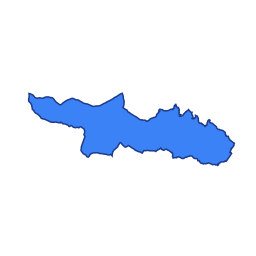 the district of Berevoesti, Arges, Romania, rotated 297°
{"feature_id": "2599482B57006778213349", "entity_name": "Berevoesti", "entity_type": "district", "adm_level": 2, "iso_a3": "ROU", "parent_name": "Romania", "parent_adm1": "Arges", "projection": "orthographic", "projection_center": [24.929, 45.318], "detail": "fine", "context": "isolated", "style": "filled", "palette": "blue", "viewbox_px": 256, "rotation_deg": 297, "n_neighbors": 0, "source": "geoboundaries", "source_scale": "gbopen_adm2", "svg_char_len": 6009}
<svg xmlns="http://www.w3.org/2000/svg" viewBox="0 0 256 256"><g transform="rotate(297 128 128)"><path d="M171.0,177.9L170.6,177.7L170.6,177.1L171.0,175.6L171.9,173.6L170.8,173.3L170.0,172.7L169.0,172.5L168.7,172.1L168.3,172.1L167.2,171.7L166.7,171.7L165.7,171.2L164.1,171.1L162.7,170.1L162.2,169.3L161.9,168.4L162.2,168.3L162.5,168.5L163.9,168.9L163.6,167.7L163.6,167.1L164.0,166.8L164.8,166.7L165.1,166.5L166.3,165.8L166.6,165.4L166.9,165.6L167.0,165.5L167.3,165.6L167.7,165.1L168.1,164.8L168.4,164.3L168.4,163.8L169.0,163.7L169.0,162.4L169.0,162.0L169.1,160.9L169.6,160.5L169.7,160.9L170.2,160.6L170.2,160.1L170.7,159.8L170.5,159.5L170.1,159.6L169.3,159.6L169.0,159.2L168.1,159.3L166.5,160.0L166.1,159.5L164.8,159.5L164.9,159.2L164.9,158.8L164.4,158.1L164.2,157.7L162.8,156.8L161.4,155.5L161.0,154.9L160.5,153.6L159.8,152.9L159.7,152.1L159.8,151.6L159.8,151.1L159.9,150.5L159.9,149.9L159.3,149.1L159.3,148.0L159.0,147.7L158.0,147.4L157.3,147.6L156.9,148.7L156.0,148.0L155.3,148.1L153.5,147.5L152.3,147.6L152.1,147.8L151.9,147.7L151.0,147.8L150.4,147.6L149.5,146.8L149.1,146.3L148.5,145.8L147.0,144.2L146.2,143.7L145.4,143.3L144.3,143.2L143.2,142.2L142.5,141.8L142.4,141.3L142.7,140.7L142.8,140.2L142.6,139.3L142.0,138.3L141.8,137.9L141.8,137.4L141.7,137.0L141.1,135.7L140.9,135.2L141.2,132.5L141.6,130.9L141.7,126.9L142.0,124.8L141.9,124.3L142.1,123.1L142.3,122.8L142.5,122.1L142.3,121.6L142.3,120.8L143.5,118.8L143.5,116.6L144.0,114.3L146.2,114.0L149.4,112.8L150.7,111.9L152.4,110.3L154.0,109.4L155.6,107.9L156.3,107.0L154.4,105.5L150.8,103.5L149.0,102.1L147.0,101.2L143.7,98.9L141.3,97.0L140.5,96.9L139.3,95.7L134.7,92.5L133.5,90.2L131.3,87.0L131.0,81.0L130.4,79.4L129.9,76.5L130.2,74.8L130.1,73.8L130.4,71.1L129.5,68.7L129.5,66.2L129.1,64.7L124.7,60.8L123.7,60.2L120.7,58.6L119.7,58.3L118.7,57.9L117.8,56.9L117.8,56.2L118.0,55.1L118.1,54.3L118.6,51.7L120.2,48.4L120.5,47.2L120.5,46.4L120.0,45.2L119.5,42.8L119.0,41.9L118.2,40.6L117.1,39.5L116.6,39.3L115.6,38.2L114.7,35.3L113.1,33.3L112.9,31.8L113.0,31.4L113.1,30.9L114.1,28.6L114.3,27.0L114.1,26.3L114.0,24.8L113.8,24.1L113.0,24.7L110.3,26.0L108.8,26.2L106.9,27.3L106.4,28.2L106.0,29.9L104.6,31.8L101.0,34.5L101.1,35.2L100.7,36.5L100.0,36.9L99.4,38.6L99.3,40.7L99.0,42.5L98.2,44.8L97.5,45.6L97.3,47.2L98.0,50.0L98.3,56.9L99.4,59.4L100.6,61.0L101.1,63.6L102.0,65.5L102.5,65.4L102.7,66.4L102.2,68.1L103.1,70.2L103.1,71.9L103.4,72.5L103.2,73.7L102.6,74.7L102.7,75.1L104.2,76.1L104.5,76.6L103.9,78.9L104.4,81.2L105.6,82.3L105.8,84.0L106.3,84.5L107.3,84.8L107.7,85.5L107.7,85.8L107.1,89.4L104.9,91.3L102.0,91.8L101.0,93.5L90.4,94.9L86.5,96.4L84.8,99.8L84.7,102.8L83.8,104.3L83.9,105.7L85.0,106.2L87.6,106.3L89.9,108.2L92.2,112.2L92.5,114.8L93.2,115.9L93.9,118.6L94.8,120.8L94.7,121.5L95.0,122.6L95.7,123.9L96.7,124.7L96.0,126.5L97.2,125.9L99.0,125.5L99.4,125.3L100.6,125.4L101.5,125.3L102.9,126.0L103.5,126.1L106.6,127.4L108.0,127.2L108.8,127.3L111.2,127.5L111.5,127.8L111.5,128.1L111.4,128.5L111.1,129.5L110.5,130.7L110.3,131.7L109.8,133.0L109.7,133.6L109.8,134.3L110.3,134.9L111.5,135.8L112.5,136.3L112.6,136.6L112.7,137.1L112.4,137.4L112.4,137.8L112.4,138.4L112.2,139.3L111.9,143.3L111.5,144.5L111.7,148.0L111.9,149.0L112.2,150.0L112.0,151.8L112.1,152.1L112.4,152.1L114.7,152.3L115.1,152.5L115.3,152.7L115.4,153.4L115.9,154.2L116.9,155.4L117.2,156.4L117.4,157.2L117.9,158.3L118.8,160.3L119.6,161.5L119.7,162.1L119.6,163.2L119.8,163.5L120.8,163.7L121.6,164.3L122.5,164.6L122.8,165.2L123.1,165.4L125.1,166.3L124.9,166.8L124.2,167.4L124.3,168.3L124.2,169.5L124.3,169.8L125.1,170.6L125.6,170.6L126.2,171.1L126.6,172.0L126.3,172.9L126.5,174.5L126.1,177.1L125.7,178.0L126.2,178.4L125.9,178.9L124.4,180.1L123.2,180.4L121.8,181.8L122.1,182.0L122.7,183.2L123.6,184.2L123.6,184.9L124.3,185.0L124.6,185.3L124.8,185.7L125.3,186.1L125.5,187.6L125.3,189.4L125.7,190.9L126.9,191.9L128.0,192.4L128.2,192.7L128.2,193.1L128.9,193.7L129.9,194.4L130.4,195.2L131.2,195.9L131.8,197.0L132.1,197.7L131.2,199.8L131.1,200.9L131.2,201.2L131.2,201.8L131.8,202.7L132.0,204.0L130.6,205.0L130.5,205.3L130.8,205.9L131.1,206.1L131.2,206.5L130.3,207.5L129.9,208.3L129.8,208.7L129.9,209.8L130.1,210.1L130.4,210.4L130.2,210.8L130.2,211.5L130.8,211.9L131.3,213.2L131.8,214.0L132.1,214.4L133.3,215.3L133.5,215.6L133.4,216.5L133.8,218.2L133.7,219.6L133.9,220.3L134.9,221.8L135.0,222.4L134.9,222.8L135.6,224.2L135.4,224.9L136.2,225.2L136.4,224.9L135.9,224.4L136.1,224.2L136.4,224.2L136.6,224.5L136.9,224.6L137.3,225.2L137.8,225.0L138.7,225.8L138.9,225.8L139.4,226.0L140.1,226.5L141.1,228.4L141.8,229.2L142.4,229.3L142.4,229.6L142.9,229.8L142.9,230.6L144.0,230.8L152.3,231.9L152.5,231.5L152.8,231.1L152.8,230.1L152.6,229.9L154.9,229.7L155.6,229.6L156.3,229.3L156.4,229.5L157.0,229.3L157.8,229.8L157.8,230.0L158.2,229.9L158.5,230.1L159.6,230.1L160.3,230.4L161.8,229.7L162.4,229.8L162.7,229.7L163.0,227.2L163.5,225.3L163.4,224.8L163.5,224.5L164.0,223.7L164.3,222.8L164.7,222.5L165.2,221.9L166.1,221.2L165.3,219.3L166.0,218.8L166.4,218.0L166.1,218.1L166.2,217.9L167.1,217.4L168.2,216.5L168.4,215.8L168.3,215.3L168.7,214.7L168.7,213.9L168.8,213.2L168.4,212.5L168.5,211.8L168.0,210.7L168.2,209.7L167.7,208.9L167.8,208.2L168.2,207.3L169.1,206.3L169.6,204.9L169.8,203.5L170.5,201.1L170.5,200.8L170.1,199.7L170.2,198.1L170.5,197.9L172.1,197.6L172.2,197.2L172.2,196.5L170.9,195.9L169.5,196.2L169.0,196.1L167.2,196.7L166.0,196.8L165.4,195.8L165.1,195.7L164.5,196.0L164.4,195.6L164.8,195.0L164.9,194.2L165.2,193.5L164.9,192.8L165.4,192.2L165.2,191.5L165.5,191.2L165.6,190.9L165.5,190.7L165.0,190.2L164.7,189.8L165.1,188.8L165.1,188.5L165.6,188.2L166.0,187.7L166.5,187.5L166.7,187.2L166.9,187.2L167.5,186.7L168.0,186.6L168.5,186.2L169.3,185.4L169.6,184.7L170.1,184.1L170.1,183.8L169.8,183.4L169.9,182.5L169.9,182.4L169.6,182.6L169.0,183.1L168.7,183.2L167.8,183.3L167.5,182.9L166.8,182.8L166.0,182.3L165.9,182.1L166.2,181.8L165.5,181.0L165.6,180.8L166.4,181.6L168.3,180.0L168.7,179.5L169.0,178.8L169.3,178.5L170.2,178.1L170.8,178.1L171.0,177.9Z" fill="#3b82f6" stroke="#1e3a8a" stroke-width="1.5"/></g></svg>